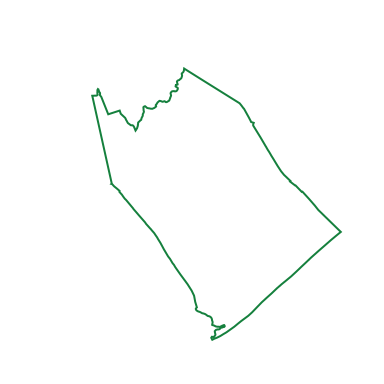 the district of Santo Domingo Armenta, Oaxaca, Mexico, rotated 311°
{"feature_id": "50627088B1685589835575", "entity_name": "Santo Domingo Armenta", "entity_type": "district", "adm_level": 2, "iso_a3": "MEX", "parent_name": "Mexico", "parent_adm1": "Oaxaca", "projection": "orthographic", "projection_center": [-98.373, 16.341], "detail": "fine", "context": "isolated", "style": "outline", "palette": "green", "viewbox_px": 384, "rotation_deg": 311, "n_neighbors": 0, "source": "geoboundaries", "source_scale": "gbopen_adm2", "svg_char_len": 4214}
<svg xmlns="http://www.w3.org/2000/svg" viewBox="0 0 384 384"><g transform="rotate(311 192 192)"><path d="M145.2,125.8L145.6,126.6L145.5,127.0L145.4,127.8L145.3,128.6L145.2,129.6L145.3,132.8L145.3,136.3L145.3,136.7L144.5,137.1L144.3,138.4L144.2,139.2L144.1,139.8L144.1,140.0L144.1,140.5L143.4,143.1L142.8,145.8L142.8,146.8L142.7,147.8L141.0,158.3L140.8,158.8L139.5,167.7L138.3,176.5L137.8,178.3L137.0,184.6L137.0,185.1L136.7,186.7L136.2,190.4L135.5,192.9L134.8,195.7L134.4,196.6L132.8,201.8L130.1,208.9L130.1,209.0L127.7,216.2L127.1,219.3L126.1,222.3L125.5,224.1L125.2,226.1L124.3,228.7L122.2,237.1L119.4,249.6L119.3,249.8L117.3,256.5L115.1,261.6L111.2,266.5L108.1,271.4L107.4,271.3L106.3,271.5L106.0,271.9L105.8,272.3L105.6,273.2L105.8,274.4L105.9,275.0L106.6,276.5L106.9,277.7L107.2,279.3L107.6,279.9L107.8,280.3L108.2,281.2L108.5,282.1L108.7,283.5L108.7,284.6L108.8,285.2L109.4,286.3L109.7,287.0L109.8,288.0L109.8,288.9L109.4,289.9L108.9,290.7L108.4,291.2L108.0,291.9L107.6,292.6L107.0,293.2L106.0,293.8L105.3,294.1L104.9,294.5L105.3,295.4L105.7,296.3L105.9,296.9L105.9,297.3L106.1,297.9L106.3,298.5L106.6,298.9L107.0,299.6L107.5,300.1L107.9,300.7L108.3,301.3L108.7,301.7L109.2,301.8L109.9,302.2L110.4,302.4L110.9,302.5L111.4,302.8L111.9,303.1L112.4,303.3L112.7,303.6L112.5,304.3L112.1,304.8L111.3,304.8L110.9,304.6L110.8,304.4L110.3,303.9L109.5,303.7L108.9,303.1L108.4,302.9L107.3,302.8L106.7,302.8L106.1,302.5L105.5,302.0L105.3,301.6L104.5,301.1L104.2,300.8L103.4,300.5L102.5,300.5L101.9,300.5L101.3,301.1L100.5,302.2L100.0,303.0L99.5,303.4L98.6,303.5L98.0,303.6L96.7,303.4L96.4,302.9L96.1,302.5L95.8,302.0L94.6,302.2L93.8,304.2L95.9,305.1L98.6,306.5L102.0,307.9L105.6,309.0L107.6,309.7L108.9,310.1L118.1,312.3L123.0,313.1L126.9,313.8L135.5,315.7L140.6,316.3L148.7,316.7L154.4,317.0L160.6,317.7L167.8,318.6L175.3,319.3L181.6,320.2L193.3,322.2L200.7,323.0L207.3,323.6L213.1,324.2L220.6,324.9L230.1,326.1L239.4,327.4L246.8,328.4L254.2,329.6L259.5,330.5L261.3,299.1L262.3,293.8L263.6,284.6L264.7,275.1L264.1,274.8L264.9,265.8L264.6,265.6L264.2,259.1L264.9,259.1L265.3,250.1L265.4,249.6L266.1,245.6L267.8,239.6L269.4,234.6L270.5,231.2L271.3,228.5L272.2,225.9L272.9,223.8L273.5,221.6L274.3,219.3L274.7,218.3L274.7,218.1L277.8,208.9L278.1,208.0L282.3,194.6L283.2,193.8L284.7,193.2L283.6,190.7L284.0,189.9L285.5,186.1L289.0,176.5L288.9,176.2L289.8,172.1L290.2,169.7L283.2,125.6L280.0,105.1L278.0,106.4L277.1,106.7L276.2,106.7L275.3,106.6L274.8,106.5L274.3,106.8L273.9,107.5L273.3,108.2L272.5,108.6L271.6,109.0L270.7,109.3L269.3,109.0L268.1,108.9L267.2,108.3L266.4,108.1L265.6,108.1L265.2,108.6L264.5,109.3L264.0,110.4L263.7,110.6L262.7,110.1L262.2,109.6L260.9,110.4L261.0,111.3L261.2,112.9L260.6,113.6L259.9,113.9L259.2,114.0L258.3,114.1L257.5,113.8L256.8,113.2L256.6,112.9L256.5,112.5L256.0,111.9L255.4,111.3L254.6,110.8L253.6,110.8L253.1,110.8L252.4,111.1L251.1,112.9L250.2,113.3L249.6,113.5L249.0,113.6L248.4,114.0L247.5,114.3L246.6,114.6L246.2,114.8L245.5,114.7L244.7,114.4L243.9,114.2L243.0,113.7L242.7,113.3L242.6,113.0L242.6,112.0L242.4,111.6L240.9,110.7L240.5,109.9L240.2,108.9L239.6,107.8L239.3,107.6L238.5,107.5L237.2,107.3L236.8,107.3L235.1,107.6L234.4,107.6L233.9,107.6L233.7,107.7L233.4,108.3L233.2,108.7L232.7,108.8L231.7,108.6L230.7,108.4L229.7,107.9L228.7,107.4L228.2,106.7L227.6,105.9L227.4,105.4L227.0,104.7L226.6,104.2L226.4,103.7L226.0,103.1L226.0,102.3L226.0,101.4L226.0,100.4L225.7,100.1L224.7,99.7L224.1,99.7L223.2,100.6L222.2,101.6L221.7,102.1L221.3,102.8L220.5,103.3L219.5,103.6L218.3,103.9L217.4,104.7L216.4,105.1L215.4,105.2L214.4,105.6L213.1,106.3L212.0,106.0L210.9,106.0L209.5,105.8L208.7,106.0L208.0,106.7L207.1,107.1L206.6,107.6L205.2,108.2L204.1,108.7L203.2,108.8L202.4,109.0L201.3,109.1L203.1,105.6L203.5,104.1L203.3,103.3L202.6,102.5L202.2,101.9L202.2,101.0L202.1,99.7L202.0,99.1L202.0,98.4L202.3,97.4L202.7,96.5L203.0,95.5L203.4,94.4L203.6,94.2L204.1,92.9L204.3,86.9L206.0,84.0L195.7,77.8L204.3,61.1L204.7,58.8L205.5,58.5L206.4,57.6L206.6,56.6L207.9,54.2L207.7,54.1L207.8,53.5L207.2,53.6L206.4,54.1L206.0,54.5L205.3,55.1L204.6,55.6L203.9,56.5L203.5,56.9L202.8,56.9L202.2,56.8L199.2,53.6L180.1,79.4L145.8,125.8L145.2,125.8Z" fill="none" stroke="#15803d" stroke-width="2"/></g></svg>